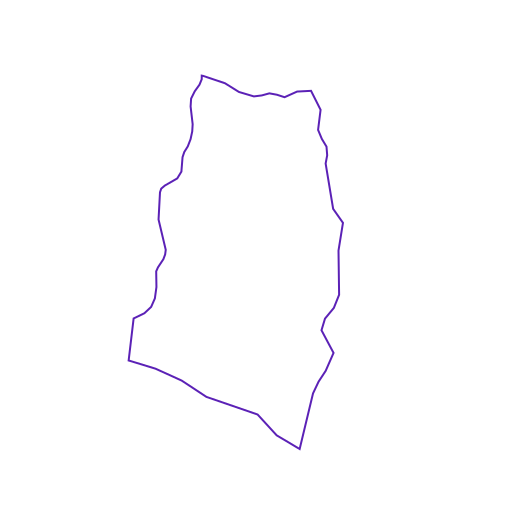 the Province of Rize, rotated 310°
{"feature_id": "TUR-2301", "entity_name": "Rize", "entity_type": "Province", "adm_level": 1, "iso_a3": "TUR", "parent_name": "Turkey", "parent_adm1": "", "projection": "albers", "projection_center": [40.921, 40.922], "detail": "fine", "context": "isolated", "style": "outline", "palette": "violet", "viewbox_px": 512, "rotation_deg": 310, "n_neighbors": 0, "source": "natural_earth", "source_scale": "10m", "svg_char_len": 918}
<svg xmlns="http://www.w3.org/2000/svg" viewBox="0 0 512 512"><g transform="rotate(310 256 256)"><path d="M94.1,225.6L129.5,202.4L140.4,207.3L149.6,208.4L158.5,205.8L168.2,199.7L180.1,189.4L184.3,188.2L194.0,187.1L198.8,185.4L202.7,182.9L221.3,157.9L243.1,141.5L246.7,140.1L251.4,140.9L264.8,145.8L272.7,144.6L284.5,136.2L289.6,134.2L296.1,133.3L303.4,130.8L310.4,127.1L316.2,122.8L328.5,109.8L334.9,105.1L342.8,103.2L350.9,102.6L356.5,100.8L359.3,98.5L360.0,99.8L368.4,121.2L370.7,137.5L376.9,151.8L382.7,157.2L389.2,161.7L393.0,168.4L396.0,175.8L408.4,181.8L417.9,192.0L409.5,211.5L392.5,222.5L388.0,231.2L385.1,239.7L378.9,245.8L371.6,249.9L341.7,284.8L337.3,301.3L313.2,315.7L279.7,344.6L266.3,349.0L252.4,349.1L241.2,353.9L231.6,377.7L212.8,383.2L200.0,384.7L187.4,388.0L136.2,413.5L131.9,387.1L135.6,359.1L116.2,308.6L112.8,279.2L105.1,251.5L94.1,225.6Z" fill="none" stroke="#5b21b6" stroke-width="2"/></g></svg>